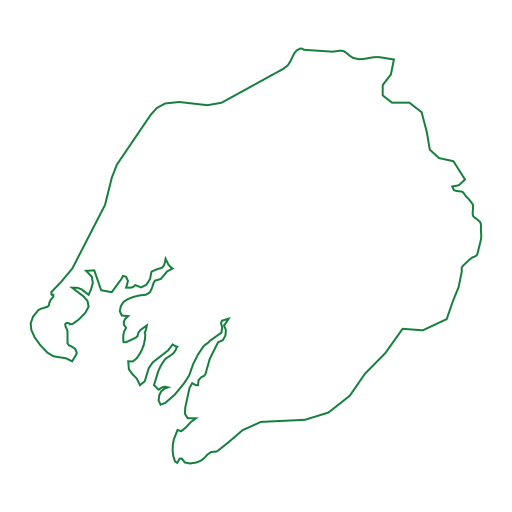 SVG path tracing the border of Boke
{"feature_id": "GIN-5629", "entity_name": "Boke", "entity_type": "Prefecture", "adm_level": 1, "iso_a3": "GIN", "parent_name": "Guinea", "parent_adm1": "", "projection": "mercator", "projection_center": [-14.564, 11.071], "detail": "fine", "context": "isolated", "style": "outline", "palette": "green", "viewbox_px": 512, "rotation_deg": 0, "n_neighbors": 0, "source": "natural_earth", "source_scale": "10m", "svg_char_len": 3482}
<svg xmlns="http://www.w3.org/2000/svg" viewBox="0 0 512 512"><path d="M300.4,48.5L302.2,48.7L304.1,49.8L332.6,51.7L340.5,50.6L343.9,51.2L346.9,53.3L349.9,55.9L353.1,57.9L358.7,59.2L363.4,59.0L373.7,57.2L379.0,57.1L393.9,59.5L390.9,74.5L382.7,85.0L382.7,95.4L392.0,102.7L409.4,102.7L421.6,112.2L426.8,132.0L429.8,149.7L439.0,158.1L453.4,161.2L465.0,179.5L458.8,185.3L452.2,186.5L453.8,190.0L455.1,190.6L457.2,191.1L461.5,191.5L463.1,192.3L466.1,196.5L468.6,198.9L472.7,204.2L473.1,206.5L472.6,214.2L473.4,216.5L474.9,217.8L476.4,218.7L480.1,222.0L480.8,223.8L481.0,226.0L480.9,229.0L481.3,236.5L480.9,239.7L477.4,254.0L476.6,255.3L475.4,256.2L472.2,257.6L469.3,259.8L462.7,266.0L461.6,268.1L461.8,271.5L458.6,287.1L453.2,300.3L446.7,319.1L422.8,330.3L402.6,328.8L385.4,353.0L364.9,373.8L349.8,395.7L328.5,412.5L304.9,419.8L260.9,421.9L242.5,430.2L229.2,441.7L216.6,451.7L216.8,451.5L216.7,451.5L211.2,452.0L207.5,454.5L204.3,458.0L200.5,460.9L195.9,462.6L190.0,463.5L184.8,462.5L181.9,458.6L179.6,458.6L177.2,462.9L175.0,461.4L173.3,456.3L172.6,450.3L172.9,444.2L173.8,439.5L177.5,430.0L181.2,431.2L185.8,427.5L190.8,422.1L195.9,418.3L187.6,418.2L184.9,413.7L185.3,407.3L189.5,388.0L192.2,383.1L195.9,385.2L198.0,385.2L198.6,380.0L201.2,377.3L204.0,375.9L205.4,374.2L209.8,358.7L218.1,342.2L222.8,340.2L225.4,335.6L225.9,330.0L224.0,325.4L225.3,323.8L228.6,318.7L221.9,320.7L221.0,323.4L222.2,327.2L221.4,332.7L210.0,340.7L208.7,342.2L203.7,346.0L197.9,354.7L193.2,364.0L189.2,375.3L184.5,382.7L174.9,394.5L165.3,402.9L160.6,404.7L158.6,400.5L159.3,395.1L161.2,391.3L164.2,388.8L168.0,387.4L165.4,386.8L163.4,386.9L161.3,387.8L158.6,389.7L154.0,385.2L158.2,371.4L160.9,365.5L164.5,360.0L166.6,358.0L171.5,354.8L173.8,352.8L175.6,350.1L176.5,347.7L177.2,346.8L175.4,346.1L172.6,344.5L168.1,350.4L152.7,362.4L148.7,368.3L144.8,381.2L140.0,385.2L136.7,378.5L132.4,374.1L128.9,369.4L128.2,361.3L132.8,361.5L136.7,358.3L139.9,353.6L142.1,349.3L143.8,344.7L144.9,339.5L145.3,335.0L144.7,332.7L145.6,330.7L146.1,329.1L146.8,325.4L140.5,330.0L138.3,332.8L137.5,336.1L135.9,337.6L126.1,342.2L123.5,342.2L123.2,338.2L123.4,334.5L124.3,331.1L126.1,327.9L124.0,324.8L123.8,321.7L125.2,318.8L128.2,316.1L121.8,315.5L119.8,311.4L120.8,306.2L123.5,301.9L127.8,299.1L133.8,296.8L140.2,295.3L145.7,294.8L149.8,292.5L152.1,287.7L153.6,282.8L155.0,280.6L160.8,279.0L167.1,271.4L172.6,268.5L170.0,266.5L168.3,264.4L165.6,258.8L165.0,262.1L164.0,265.2L162.3,267.5L159.8,268.5L157.9,268.9L152.6,271.1L151.4,271.9L150.1,278.9L146.4,284.7L141.2,287.4L135.2,285.1L133.5,286.7L131.8,287.5L129.4,287.7L126.1,287.7L128.0,281.0L126.1,276.8L122.9,275.9L121.2,279.3L111.7,292.2L101.1,290.2L94.3,270.4L86.1,270.8L91.9,276.8L92.8,283.2L91.0,289.4L88.6,294.8L81.5,289.3L77.5,287.8L72.1,287.7L83.4,296.3L87.5,300.9L88.6,306.6L85.3,312.9L78.9,319.4L72.6,323.9L69.8,324.3L69.1,323.3L67.5,322.9L65.9,323.3L65.2,324.3L65.5,326.4L67.1,329.7L67.5,331.5L67.5,343.3L68.9,345.3L72.1,346.8L75.3,349.0L76.8,352.8L76.2,354.6L72.1,361.3L66.0,358.3L53.6,356.3L47.6,352.8L40.4,345.3L34.7,337.4L31.3,329.9L30.7,323.2L33.0,316.7L38.3,310.1L40.8,308.8L47.5,306.8L48.9,305.4L49.3,302.9L50.3,300.5L51.8,298.4L53.3,296.9L53.3,294.8L51.8,294.9L51.4,294.3L51.5,293.3L51.2,292.2L60.9,282.2L72.3,268.5L105.0,205.0L111.8,177.7L116.9,164.6L150.7,114.8L156.8,108.0L165.1,103.5L179.2,102.0L207.5,105.2L221.6,102.7L251.8,86.1L283.5,68.7L287.8,65.3L290.1,61.8L294.1,53.5L296.7,50.4L300.4,48.5Z" fill="none" stroke="#15803d" stroke-width="2"/></svg>